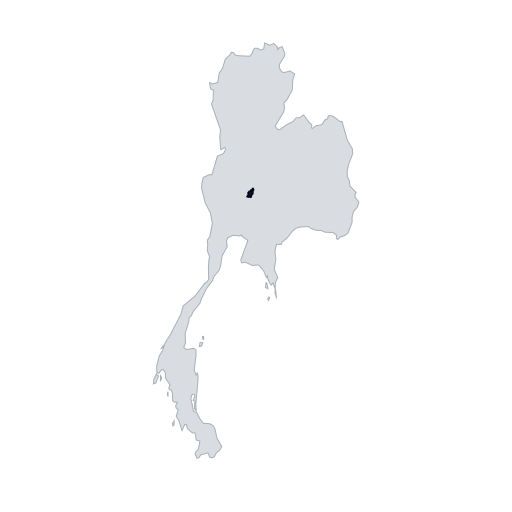 location of Ban Mi, Lop Buri, Thailand, rotated 14°
{"feature_id": "78962969B12311956961781", "entity_name": "Ban Mi", "entity_type": "district", "adm_level": 2, "iso_a3": "THA", "parent_name": "Thailand", "parent_adm1": "Lop Buri", "projection": "equal_earth", "projection_center": [100.564, 15.079], "detail": "fine", "context": "in_parent", "style": "filled", "palette": "ink", "viewbox_px": 512, "rotation_deg": 14, "n_neighbors": 0, "source": "geoboundaries", "source_scale": "gbopen_adm2", "svg_char_len": 5183}
<svg xmlns="http://www.w3.org/2000/svg" viewBox="0 0 512 512"><g transform="rotate(14 256 256)"><path d="M226.7,48.5L227.0,50.5L228.7,47.9L230.8,46.6L234.9,52.4L235.4,54.9L232.4,64.2L232.9,67.3L234.8,69.8L237.2,71.4L239.6,70.9L244.3,68.2L249.4,70.0L249.1,76.2L251.0,86.0L248.5,96.1L246.0,101.0L247.9,105.4L248.0,109.5L243.1,125.2L244.1,126.4L247.2,128.1L248.5,127.6L253.7,121.4L259.4,116.6L261.2,112.5L264.9,111.2L268.1,107.6L275.6,113.9L277.5,114.5L278.5,115.5L278.9,118.2L279.8,118.6L282.9,115.0L288.0,112.7L290.0,107.2L292.4,105.6L292.1,103.0L292.9,102.0L297.1,101.7L303.5,104.6L305.7,105.2L306.8,104.5L316.9,122.0L323.5,128.6L325.1,133.2L323.7,144.9L323.9,151.6L325.4,156.8L328.2,160.3L330.3,165.4L337.9,170.3L337.2,171.6L337.7,174.8L342.5,178.5L342.9,179.7L342.4,184.5L340.3,188.1L339.8,191.0L339.8,194.7L341.1,200.2L339.7,211.6L336.9,214.9L333.2,217.2L331.2,220.3L329.7,219.5L329.0,216.3L325.0,214.6L317.2,216.2L313.3,215.5L308.1,216.5L303.0,216.1L300.0,214.7L291.6,217.3L288.0,219.5L285.5,222.8L281.7,231.2L277.8,236.4L277.9,238.5L273.0,239.8L273.3,247.0L276.1,254.8L276.9,264.6L282.4,271.6L281.3,276.5L282.0,281.2L286.2,292.1L283.2,286.9L282.6,283.4L279.0,278.0L277.8,280.6L273.6,276.5L271.8,272.5L271.2,274.3L267.1,268.6L262.8,265.5L260.5,264.1L254.6,266.1L247.0,264.5L244.1,266.0L243.0,265.1L242.2,263.4L244.3,242.9L237.8,240.4L236.7,239.0L235.3,240.5L228.9,241.4L224.3,245.1L223.7,248.3L225.8,253.9L223.1,264.1L224.0,273.6L223.7,278.9L220.4,285.6L219.6,290.9L216.0,299.1L213.6,309.5L213.0,315.5L208.6,324.7L207.6,329.9L206.1,331.8L206.7,336.0L206.0,348.6L208.7,357.8L207.9,362.1L210.9,363.6L218.0,360.7L220.3,361.4L221.8,366.5L223.6,381.5L226.6,386.1L227.3,383.8L228.7,386.2L229.8,390.7L233.5,414.5L235.5,420.7L233.2,419.1L231.9,411.6L229.9,411.4L230.6,406.6L229.3,404.9L227.2,406.3L227.3,410.0L232.9,421.8L236.3,422.2L240.8,427.4L245.6,431.2L251.7,429.9L255.8,431.1L258.3,434.3L262.3,442.4L268.8,449.1L267.8,453.3L265.2,456.6L263.9,461.1L262.1,462.4L259.7,462.4L257.1,458.7L250.7,462.1L249.3,465.6L247.6,466.5L244.8,462.6L245.1,460.5L246.8,457.3L246.3,449.1L242.5,449.0L239.9,442.8L239.1,442.2L237.3,443.1L231.2,440.2L229.4,436.4L227.6,436.7L226.4,443.3L221.0,434.4L217.3,430.8L217.8,424.2L215.3,422.8L214.3,420.9L215.2,417.0L211.7,417.6L210.1,416.5L208.1,409.4L206.4,406.6L204.1,406.6L203.4,405.2L203.6,401.7L198.0,396.7L196.2,391.1L193.5,388.6L191.8,389.3L190.1,393.3L188.8,393.1L187.6,391.9L186.2,386.3L186.3,376.4L188.1,370.6L189.1,361.4L191.7,353.6L197.2,331.0L197.4,322.1L206.7,309.3L212.8,294.8L214.8,292.7L215.7,290.0L212.5,278.3L211.1,270.2L211.3,268.1L207.4,262.6L206.4,256.3L205.4,254.3L205.0,252.3L206.5,248.6L205.7,234.8L201.4,225.3L193.7,216.5L186.9,203.6L186.0,199.0L185.8,192.5L191.3,188.2L193.5,187.9L194.4,168.5L199.1,164.8L200.1,163.2L200.6,160.0L199.5,158.1L196.4,161.3L195.8,160.6L192.0,149.2L191.2,142.4L176.0,119.2L176.7,115.3L174.5,105.3L172.2,105.2L170.7,103.4L169.1,98.9L172.1,99.5L176.9,96.9L176.1,87.3L178.2,81.7L178.5,72.5L182.2,67.0L182.7,64.4L184.7,64.0L187.4,66.0L190.1,66.0L201.5,63.7L203.0,61.2L203.7,56.2L204.8,54.6L207.4,54.1L210.3,55.1L213.4,53.2L212.9,47.2L218.3,48.2L221.9,45.5L226.7,48.5ZM190.4,396.0L189.6,403.4L187.4,404.9L186.7,400.6L188.0,393.7L188.6,395.3L190.4,396.0ZM225.4,352.9L225.0,356.5L223.0,357.6L222.6,353.6L225.4,352.9ZM273.1,279.7L275.5,284.8L272.8,284.3L272.2,279.4L273.1,279.7ZM216.6,441.0L215.4,438.8L216.4,435.5L217.4,439.6L216.6,441.0ZM194.0,396.8L193.5,400.8L192.4,395.3L194.0,396.8ZM225.4,349.7L224.4,349.3L223.5,346.9L224.8,347.0L225.4,349.7ZM203.4,408.9L204.7,413.7L203.3,411.4L203.4,408.9ZM279.3,293.0L278.9,296.0L277.7,294.8L278.5,292.6L279.3,293.0ZM187.9,367.4L186.5,368.5L187.6,365.7L187.9,367.4Z" fill="#d9dde1" stroke="#a8b0b8" stroke-width="1"/><path d="M237.1,191.4L237.0,191.5L236.9,191.4L236.7,191.4L236.4,191.3L236.3,191.5L236.4,191.8L236.2,192.0L236.1,192.3L235.9,192.6L235.7,192.8L235.5,193.0L235.4,193.0L235.2,193.1L235.1,193.3L235.0,193.5L234.9,193.8L234.9,194.0L234.8,194.3L234.7,194.4L234.7,194.5L234.4,194.8L234.2,194.9L234.2,195.0L234.0,195.3L233.8,195.0L233.7,195.0L233.6,195.3L233.4,195.7L233.3,195.8L233.2,196.1L233.1,196.3L233.0,196.6L233.4,196.7L233.8,197.4L233.9,197.5L233.7,198.2L233.4,198.2L233.4,198.4L233.4,198.5L233.5,198.7L233.5,198.8L233.5,199.0L233.5,199.3L233.5,199.5L233.4,199.9L233.4,200.0L233.1,200.1L232.9,200.3L232.9,200.5L233.0,200.5L233.1,200.3L233.3,200.4L233.4,200.5L233.5,200.5L233.8,200.7L233.9,200.8L234.0,200.8L234.1,200.7L234.3,200.7L234.5,200.4L234.8,200.3L235.4,200.3L235.4,200.2L235.5,200.2L235.9,199.9L236.0,200.1L236.2,200.3L236.3,200.4L236.5,200.4L236.9,200.1L237.1,199.8L237.1,199.7L237.1,199.4L237.1,199.2L237.0,198.9L236.9,198.9L236.8,198.7L237.0,198.7L237.1,198.4L237.0,198.2L237.0,197.9L237.0,197.7L236.9,197.5L236.9,197.4L236.9,197.2L237.1,197.3L237.6,196.7L237.8,196.5L237.9,196.4L237.7,196.2L237.6,195.6L237.6,195.3L237.6,195.2L237.5,194.9L237.6,194.7L237.5,194.4L237.4,194.4L237.2,194.4L237.1,194.2L237.2,193.8L237.3,193.5L237.3,193.4L237.3,193.2L237.2,193.2L237.3,193.1L237.5,193.1L237.7,192.7L237.6,192.3L237.5,192.2L237.5,191.9L237.4,191.7L237.2,191.6L237.1,191.4L237.1,191.4Z" fill="#0f172a" stroke="#020617" stroke-width="1.5"/></g></svg>